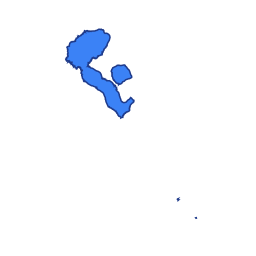 Isabela, Galápagos, Ecuador, rotated 164°
{"feature_id": "8360857B49822942031092", "entity_name": "Isabela", "entity_type": "district", "adm_level": 2, "iso_a3": "ECU", "parent_name": "Ecuador", "parent_adm1": "Galápagos", "projection": "natural_earth1", "projection_center": [-91.231, 0.314], "detail": "fine", "context": "isolated", "style": "filled", "palette": "blue", "viewbox_px": 256, "rotation_deg": 164, "n_neighbors": 0, "source": "geoboundaries", "source_scale": "gbopen_adm2", "svg_char_len": 6050}
<svg xmlns="http://www.w3.org/2000/svg" viewBox="0 0 256 256"><g transform="rotate(164 128 128)"><path d="M131.6,139.5L130.8,140.0L130.1,139.7L129.8,140.6L129.2,141.1L129.3,141.3L129.0,141.3L129.0,141.7L128.6,141.8L128.5,142.3L128.2,142.6L127.6,142.4L126.8,143.1L126.8,142.9L126.4,142.9L124.8,143.9L124.0,143.6L123.7,143.9L122.7,143.8L121.6,144.5L121.6,145.2L121.3,145.5L121.5,146.1L121.0,146.5L121.0,147.1L120.3,147.6L120.4,148.1L119.8,148.5L119.5,149.3L117.3,150.7L116.1,151.0L115.7,151.6L115.2,151.6L114.7,153.0L115.7,153.9L116.4,155.8L116.9,156.3L117.0,155.9L117.7,156.1L118.7,155.2L119.9,155.1L122.9,153.3L125.0,153.5L126.4,154.5L126.4,155.0L126.9,155.4L127.3,156.9L127.0,157.4L127.3,159.5L127.2,160.4L127.4,161.2L127.2,162.5L127.3,164.7L128.8,167.4L128.8,168.2L128.1,168.2L128.2,169.0L127.9,169.4L128.1,169.5L128.1,170.2L128.5,171.0L128.4,172.2L128.9,172.8L129.6,172.2L129.5,172.9L129.9,173.2L130.0,174.4L130.5,174.8L130.4,175.4L131.2,176.8L131.8,177.2L132.0,177.8L132.9,178.6L134.4,179.0L135.0,179.5L135.3,179.3L135.6,179.7L135.4,179.9L135.5,179.8L136.2,180.6L136.1,181.0L136.9,181.4L136.9,181.7L137.2,181.6L137.5,181.8L137.6,181.6L138.0,182.1L138.3,182.1L138.4,182.7L139.2,182.4L139.4,182.9L139.1,184.0L139.1,187.1L139.6,189.0L141.0,190.6L142.8,191.8L145.6,195.1L147.5,196.2L147.9,197.5L148.3,197.2L148.8,197.5L148.8,198.0L149.5,198.2L148.9,198.4L148.9,198.8L149.4,199.3L149.4,199.6L149.0,199.7L148.3,200.6L148.4,201.3L147.9,201.5L148.1,201.6L148.1,201.8L147.2,201.5L147.2,201.1L146.5,201.4L146.4,201.9L146.0,202.5L144.8,202.6L144.5,203.1L144.9,203.5L144.1,204.3L143.7,204.3L143.6,204.7L143.6,204.4L143.3,204.4L143.0,205.2L142.5,205.0L142.0,205.4L141.7,204.6L141.0,204.3L140.7,204.5L140.5,203.9L140.5,204.2L140.0,204.1L140.3,203.7L139.8,203.5L139.3,204.0L138.9,203.8L138.0,204.1L137.7,204.5L137.6,205.2L137.3,205.4L136.6,205.1L136.3,205.3L136.3,205.6L135.0,205.4L134.2,205.7L132.9,205.4L132.3,206.2L132.5,207.0L132.2,207.4L131.9,207.2L131.4,207.8L131.5,208.0L131.1,207.9L130.4,209.0L129.8,209.3L129.6,210.2L129.1,210.3L128.7,210.9L127.4,211.3L127.0,211.5L127.0,212.0L126.5,212.5L125.4,212.8L125.4,213.5L124.0,215.4L121.8,217.5L120.3,220.1L120.2,222.0L120.8,223.4L121.9,224.6L123.0,225.2L124.0,225.3L124.5,225.9L124.7,227.3L124.4,227.9L124.6,228.7L125.0,228.9L124.9,229.2L126.1,229.7L126.3,230.2L127.1,230.1L127.5,230.6L129.0,231.0L131.0,230.4L131.7,230.6L133.1,230.4L136.3,231.2L136.7,231.0L137.2,231.4L137.7,231.3L137.9,231.5L138.1,231.4L138.5,231.8L139.0,231.5L139.5,231.7L139.3,231.9L139.9,232.7L141.0,232.6L141.1,232.9L142.1,232.7L142.9,233.5L143.5,232.9L143.5,232.3L143.3,232.0L143.7,232.2L143.9,231.9L145.0,231.7L145.1,231.4L144.9,231.2L145.1,230.9L145.6,231.2L146.1,230.6L146.6,230.7L146.9,230.3L147.6,230.3L147.8,229.9L148.1,230.0L149.1,229.6L149.5,229.6L150.2,230.2L150.3,229.3L150.7,229.1L151.0,229.4L151.0,229.1L151.6,229.0L151.6,228.6L152.1,228.4L153.1,228.5L153.4,227.8L153.9,227.6L153.9,227.2L154.4,227.0L154.6,226.1L155.0,226.3L155.2,225.9L156.1,225.9L156.6,226.0L156.8,226.3L157.2,226.3L157.2,226.5L157.2,226.3L157.6,226.1L158.0,226.5L158.6,226.3L159.0,226.4L159.1,226.1L160.6,225.6L161.1,224.5L161.7,223.8L161.7,223.0L162.1,222.7L163.7,222.9L164.3,222.6L164.5,222.3L164.1,220.2L164.6,219.9L164.5,218.9L165.0,218.3L164.9,216.5L165.6,216.1L165.6,215.2L165.8,215.0L165.7,214.7L165.9,214.7L165.8,214.3L166.1,213.6L166.0,213.1L167.7,212.7L168.1,211.9L168.0,211.7L168.4,211.7L168.7,211.5L168.7,211.2L168.9,211.2L168.9,210.6L168.3,210.0L168.6,209.6L168.4,209.2L167.7,209.5L166.7,209.0L166.7,208.8L167.3,208.6L167.1,208.3L167.4,207.9L166.4,208.2L166.0,207.9L165.7,208.2L165.6,207.5L166.1,207.2L165.7,206.4L165.4,206.6L165.3,206.3L164.5,206.8L164.3,206.4L163.9,206.4L164.9,204.9L164.3,204.9L164.2,204.3L163.6,204.1L163.6,203.6L163.9,203.1L163.4,202.7L163.4,202.4L163.0,202.5L163.2,202.0L162.7,202.3L162.3,201.6L162.1,201.7L162.2,200.6L161.4,200.2L161.4,199.0L161.1,198.9L160.6,199.9L160.8,199.4L160.6,199.2L160.0,200.0L159.8,200.0L159.5,200.5L159.0,200.2L158.6,200.5L158.2,200.0L158.1,199.5L157.6,199.9L157.1,199.4L157.3,198.9L156.9,198.6L157.4,196.9L157.0,196.4L156.1,196.4L155.6,196.7L156.2,196.2L156.2,195.7L157.2,195.4L157.4,194.5L157.7,194.4L157.5,193.5L157.8,193.3L157.5,193.1L157.7,192.1L157.4,191.8L157.8,191.6L158.1,191.0L157.8,190.1L158.1,188.7L157.9,187.6L157.2,186.9L157.5,186.3L157.3,185.7L157.7,185.6L157.7,184.8L157.6,185.0L157.4,184.7L157.2,184.7L156.7,185.2L156.2,184.7L156.3,184.4L155.1,183.3L155.0,182.7L154.5,182.3L154.3,181.6L153.0,180.3L151.4,178.7L150.4,178.3L148.8,176.9L146.9,175.8L147.0,175.6L147.7,175.7L147.8,175.5L147.7,175.1L146.9,174.8L146.9,174.0L146.6,173.8L146.6,173.3L144.3,171.4L143.6,170.2L142.5,169.2L142.0,167.7L141.7,164.4L141.4,163.7L141.7,162.7L141.6,162.2L141.9,161.6L141.7,161.3L141.9,159.3L141.1,153.8L140.6,153.4L140.5,153.7L140.1,153.6L139.6,152.2L138.5,151.7L137.8,150.3L137.2,150.2L136.8,149.3L136.0,148.8L135.8,148.0L135.4,147.5L135.0,147.4L135.2,147.0L134.7,146.4L134.7,145.6L134.4,145.5L134.5,145.0L134.0,144.1L134.1,143.3L133.5,141.8L133.0,141.5L132.6,141.5L132.3,140.7L131.8,140.1L132.0,139.7L131.6,139.8L131.4,139.6L131.6,139.5ZM123.7,172.3L121.8,172.6L120.4,173.9L118.7,174.0L117.0,175.0L113.4,175.2L113.0,175.0L110.7,175.5L110.4,175.8L110.2,177.0L110.7,178.4L110.8,182.2L111.1,183.6L112.1,185.2L112.6,187.0L113.6,188.3L113.4,188.6L113.6,189.2L114.3,189.7L117.1,189.9L118.4,190.2L118.7,190.6L119.5,190.6L120.0,191.1L121.3,191.2L121.7,190.8L126.0,190.1L126.6,189.3L127.4,188.8L127.7,188.1L128.0,187.8L128.3,187.2L128.3,187.4L128.5,187.3L128.3,185.8L128.0,185.6L128.2,184.9L128.7,184.4L128.5,183.8L128.8,182.8L129.2,182.5L128.8,181.4L128.9,179.1L128.4,178.6L128.6,178.4L128.6,177.9L128.0,177.5L128.0,176.9L127.1,175.4L127.2,175.1L126.9,174.5L126.4,174.2L125.5,173.2L125.1,173.1L125.0,173.5L124.8,173.4L124.9,173.2L124.4,172.9L124.7,172.4L124.3,172.6L123.7,172.3ZM99.8,44.6L99.2,44.9L99.6,45.0L99.8,45.4L99.8,45.8L99.3,46.2L100.0,46.1L100.2,45.7L99.7,45.1L99.8,44.6ZM87.5,22.5L87.1,22.5L87.1,23.0L87.7,23.0L87.5,22.5Z" fill="#3b82f6" stroke="#1e3a8a" stroke-width="1.5"/></g></svg>